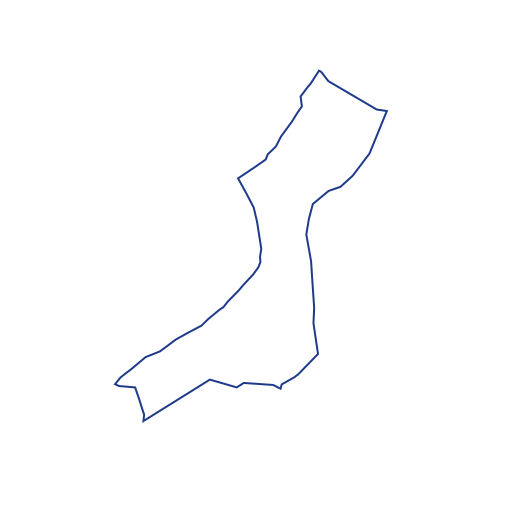 outline of Tulus, Southern Darfur, Sudan, rotated 329°
{"feature_id": "16777658B64128341044045", "entity_name": "Tulus", "entity_type": "district", "adm_level": 2, "iso_a3": "SDN", "parent_name": "Sudan", "parent_adm1": "Southern Darfur", "projection": "albers", "projection_center": [24.908, 11.261], "detail": "fine", "context": "isolated", "style": "outline", "palette": "blue", "viewbox_px": 512, "rotation_deg": 329, "n_neighbors": 0, "source": "geoboundaries", "source_scale": "gbopen_adm2", "svg_char_len": 1065}
<svg xmlns="http://www.w3.org/2000/svg" viewBox="0 0 512 512"><g transform="rotate(329 256 256)"><path d="M83.0,289.6L77.4,290.3L69.2,293.3L71.6,296.9L78.8,302.1L84.7,306.4L83.4,312.5L82.3,317.8L79.9,327.6L78.4,334.4L74.5,339.5L152.8,338.2L171.8,358.7L180.1,358.5L204.3,375.4L208.7,382.4L211.9,379.3L226.6,379.7L229.5,379.3L231.1,379.2L258.7,371.9L270.6,343.3L279.2,330.3L295.0,299.5L300.5,288.9L310.2,263.5L320.3,251.6L331.5,240.7L351.8,237.6L364.0,240.2L380.2,237.0L406.1,226.6L412.9,221.5L427.9,210.3L442.8,199.1L434.9,192.6L410.8,148.4L408.1,143.5L407.2,135.8L406.7,131.8L405.5,129.6L391.6,136.4L387.5,137.7L379.4,141.0L376.4,142.2L372.4,151.4L365.8,154.3L355.8,159.4L339.1,166.4L329.4,172.4L318.5,174.9L314.0,178.3L299.4,179.3L280.6,180.2L280.0,196.6L279.0,213.3L274.5,227.3L264.3,252.4L259.1,258.7L256.6,263.5L252.2,266.9L244.0,270.4L230.5,274.2L222.9,276.8L219.6,277.6L208.5,280.5L201.6,283.1L197.3,283.2L182.7,285.4L173.5,287.6L159.2,286.8L144.4,286.3L124.6,288.3L109.3,285.8L91.0,288.7L83.0,289.6Z" fill="none" stroke="#1e3a8a" stroke-width="2"/></g></svg>